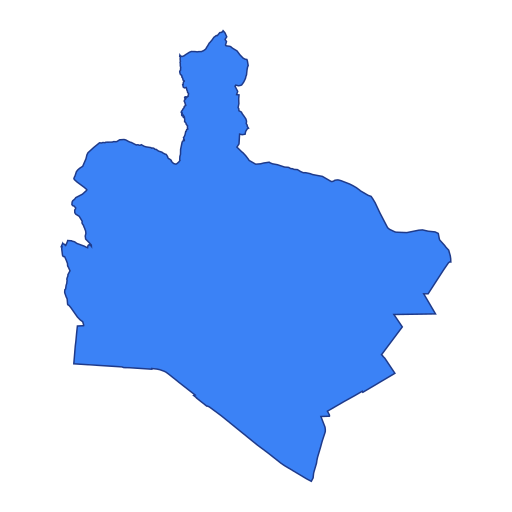 Moacsa, Covasna, Romania
{"feature_id": "2599482B70686666792164", "entity_name": "Moacsa", "entity_type": "district", "adm_level": 2, "iso_a3": "ROU", "parent_name": "Romania", "parent_adm1": "Covasna", "projection": "orthographic", "projection_center": [25.941, 45.883], "detail": "fine", "context": "isolated", "style": "filled", "palette": "blue", "viewbox_px": 512, "rotation_deg": 0, "n_neighbors": 0, "source": "geoboundaries", "source_scale": "gbopen_adm2", "svg_char_len": 5874}
<svg xmlns="http://www.w3.org/2000/svg" viewBox="0 0 512 512"><path d="M450.8,262.0L450.7,258.8L450.3,255.9L448.7,250.2L445.9,247.2L444.6,245.4L439.7,240.0L439.3,238.8L438.3,233.6L438.2,233.4L435.0,231.9L428.2,231.2L422.5,229.9L418.7,230.2L406.8,232.6L396.4,232.2L395.6,232.1L394.3,231.6L389.5,229.3L387.6,227.7L379.8,212.7L375.1,202.7L372.7,198.7L371.1,196.4L368.1,195.3L360.2,190.7L359.9,190.3L356.4,187.7L352.8,185.6L349.6,184.0L341.1,180.7L338.6,180.0L337.5,179.9L335.9,180.1L334.5,180.4L333.7,181.1L332.3,181.5L331.2,181.5L322.4,176.4L312.8,174.6L310.0,173.6L305.6,172.7L303.2,172.7L300.5,171.5L297.4,169.6L294.0,169.4L292.5,168.7L290.9,168.6L289.6,168.0L288.9,167.5L288.0,167.3L284.7,167.1L277.4,164.7L272.5,163.8L270.2,162.9L269.2,162.2L263.7,163.0L260.6,163.8L255.7,164.2L249.1,160.4L248.5,159.4L245.7,155.7L243.0,152.8L241.6,151.7L236.9,147.1L239.0,143.9L239.6,134.1L242.2,134.7L245.1,134.2L245.6,131.6L246.3,130.4L247.4,128.7L248.5,128.2L247.3,126.4L247.2,125.2L246.2,123.5L246.5,122.0L246.5,121.1L245.9,119.0L244.1,116.3L242.2,113.7L241.4,112.1L238.9,110.7L238.8,108.8L238.1,107.6L238.9,103.5L238.8,102.3L238.7,98.7L239.0,94.9L236.6,94.6L237.7,91.4L235.0,86.2L235.8,85.1L238.5,85.8L240.9,85.3L241.7,84.9L243.5,82.4L244.5,80.5L245.5,78.3L245.9,76.4L246.5,74.9L247.0,70.0L247.6,66.9L248.2,65.6L247.4,61.0L246.9,59.5L245.1,59.2L243.1,58.1L239.9,54.8L237.0,50.9L232.7,48.3L231.5,47.4L230.8,46.7L229.7,46.3L226.6,45.9L225.7,45.5L225.5,45.0L226.5,41.5L225.1,39.6L225.4,38.8L226.6,37.1L226.7,36.5L226.2,35.7L225.3,33.5L224.8,32.6L223.1,30.7L222.5,31.8L222.0,31.9L221.5,32.4L219.8,32.6L217.4,35.5L217.0,35.7L216.3,35.5L214.8,36.7L214.0,37.2L211.5,40.7L210.5,41.7L210.1,42.4L209.3,43.0L207.7,45.8L206.4,47.7L206.3,48.3L205.3,49.4L203.8,50.5L201.4,51.6L198.8,51.6L197.1,51.9L195.5,51.6L191.4,51.5L189.5,52.2L185.2,54.9L184.4,55.6L182.6,56.4L181.8,56.4L180.4,55.9L179.9,55.1L179.7,56.4L180.4,57.3L180.1,58.8L180.4,61.6L180.1,62.1L180.1,62.8L180.3,63.4L180.3,65.9L180.7,67.5L180.5,69.3L180.6,70.0L180.4,70.5L179.9,70.9L179.7,71.7L180.1,73.6L180.5,74.6L181.4,75.1L182.0,76.3L181.8,76.9L182.1,77.4L182.7,78.2L183.0,79.9L183.3,80.4L184.1,80.7L184.3,81.1L184.2,81.4L183.6,81.8L183.3,82.5L183.2,84.4L182.7,84.5L182.6,84.8L183.0,85.5L183.2,87.0L184.3,87.8L184.9,87.9L186.2,87.5L186.5,88.2L186.8,90.0L187.3,90.7L187.6,92.5L188.5,93.4L188.3,95.3L187.9,96.0L188.1,96.3L186.5,97.5L186.3,97.3L186.2,96.8L185.3,96.8L184.9,97.0L184.6,97.5L184.7,98.1L185.7,98.5L185.4,99.3L184.6,99.9L184.2,101.0L184.3,101.5L184.7,102.1L185.0,103.0L185.1,103.6L185.4,104.5L185.8,105.2L185.6,105.6L184.6,106.1L184.2,106.6L184.3,107.3L182.7,109.4L182.4,110.3L181.6,111.1L181.3,111.9L181.2,112.4L181.5,112.7L182.3,113.0L182.3,113.3L182.1,113.7L181.7,113.9L181.7,115.2L182.3,115.9L182.7,115.7L182.9,115.5L182.9,115.1L183.1,115.0L184.4,117.0L184.1,117.2L183.6,117.0L183.3,117.2L183.4,117.4L184.0,117.6L184.5,118.2L184.7,119.6L184.6,121.7L185.3,122.2L186.2,123.6L186.2,124.3L186.6,124.6L187.1,125.5L187.6,125.9L187.4,127.1L187.8,129.1L187.7,129.2L187.3,129.2L186.8,129.4L186.5,130.1L186.3,131.1L185.7,131.5L185.1,134.5L184.3,136.6L183.5,137.5L183.9,139.0L184.3,139.7L184.3,140.6L183.9,140.7L183.4,140.3L183.3,140.8L182.6,141.3L182.1,142.2L180.6,149.4L180.5,154.3L179.9,156.4L179.7,159.5L180.0,160.4L178.8,162.0L176.6,163.9L175.6,164.1L173.6,163.5L172.2,162.2L171.3,161.2L171.4,160.7L171.0,160.1L169.5,159.0L168.4,158.5L167.7,157.3L167.6,156.6L166.6,155.0L166.0,154.3L165.0,154.1L162.5,152.7L162.0,152.2L158.6,151.1L157.1,150.1L156.5,149.5L154.9,149.3L154.5,148.8L153.8,148.3L152.8,148.0L151.7,148.2L150.9,147.6L146.2,146.9L144.2,146.3L141.3,144.7L140.4,145.2L139.4,145.3L138.1,144.8L136.9,144.8L136.3,145.0L131.2,142.4L130.4,142.3L128.6,141.5L125.7,139.9L125.0,139.8L124.1,139.5L119.6,139.8L116.8,141.6L115.8,141.7L113.6,141.6L112.3,142.1L105.8,142.2L105.0,142.7L102.9,142.5L101.6,143.0L99.5,142.8L93.7,147.5L88.0,152.7L86.9,154.9L86.0,158.7L82.7,166.3L79.6,168.3L77.7,170.0L76.4,171.7L75.0,176.0L74.3,177.3L73.9,178.7L74.4,179.6L76.9,181.9L84.3,187.4L86.8,189.6L86.6,190.4L82.4,194.2L75.8,197.6L74.7,199.1L72.7,200.8L72.1,202.1L71.9,204.6L72.8,205.7L74.0,206.0L75.7,207.9L75.5,208.9L74.7,210.0L74.8,212.7L75.8,214.2L79.2,216.3L82.2,221.3L82.0,222.7L82.2,223.5L83.4,225.3L84.3,227.7L84.7,228.3L84.9,229.2L85.6,230.9L85.9,233.4L85.2,236.1L85.5,237.8L85.6,239.0L89.9,243.4L91.3,245.0L91.4,246.3L91.1,245.9L89.2,244.6L88.1,245.4L87.7,246.8L87.6,247.7L85.8,247.0L84.4,246.2L76.8,243.4L74.9,242.0L73.7,241.5L72.3,241.3L71.7,240.8L67.7,240.5L67.4,241.7L65.7,245.5L65.4,245.6L64.9,244.6L63.7,244.0L62.9,243.8L62.7,243.3L61.2,246.7L62.0,246.8L61.7,248.7L62.5,255.2L63.0,256.2L63.5,256.6L64.1,256.5L64.7,256.8L66.1,259.9L67.3,263.0L67.5,263.6L67.6,265.6L67.8,266.3L68.0,266.4L70.0,270.8L67.9,274.7L67.9,275.9L67.1,278.0L66.9,278.9L66.9,279.7L67.1,280.7L66.9,281.7L66.8,283.2L66.1,285.4L65.6,289.0L64.9,289.6L64.7,291.4L64.7,292.7L66.2,297.0L67.0,298.5L67.2,299.5L67.6,304.2L68.0,304.9L69.0,305.4L70.6,307.3L77.4,317.0L80.2,319.9L82.7,321.7L83.7,325.1L83.6,325.7L77.4,326.0L76.6,333.4L75.9,341.1L75.3,345.8L73.8,363.8L121.9,366.9L123.8,367.6L129.3,367.7L151.8,369.2L151.8,368.5L157.1,369.1L159.9,369.7L164.3,371.3L165.9,372.1L168.5,374.0L177.8,381.4L178.6,382.1L195.1,395.0L193.7,395.5L196.7,397.9L196.6,398.1L206.7,406.1L207.5,406.1L209.3,406.9L221.2,415.7L257.3,445.0L267.9,452.9L281.2,463.4L284.6,465.7L306.7,478.9L311.3,481.3L313.1,477.9L313.6,473.3L314.0,471.7L316.5,463.2L316.9,460.3L317.6,457.1L320.4,447.7L322.2,441.1L325.0,432.6L325.3,431.3L325.3,429.4L325.0,427.1L320.9,416.5L329.4,416.2L329.5,415.5L329.3,414.7L327.4,411.2L344.3,401.4L354.6,395.7L362.2,391.3L362.3,391.7L362.8,392.3L394.9,373.3L384.8,358.2L382.7,356.1L382.6,355.6L381.5,354.7L402.3,326.9L393.9,314.5L435.5,313.9L423.7,293.8L428.1,293.8L443.5,270.0L448.4,262.9L449.7,261.9L450.8,262.0Z" fill="#3b82f6" stroke="#1e3a8a" stroke-width="1.5"/></svg>